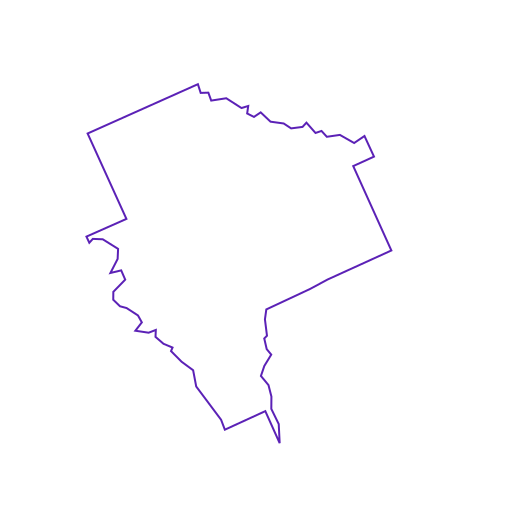 outline of Dallas, Alabama, United States of America, rotated 156°
{"feature_id": "52423323B88662766732523", "entity_name": "Dallas", "entity_type": "district", "adm_level": 2, "iso_a3": "USA", "parent_name": "United States of America", "parent_adm1": "Alabama", "projection": "robinson", "projection_center": [-87.077, 32.389], "detail": "fine", "context": "isolated", "style": "outline", "palette": "violet", "viewbox_px": 512, "rotation_deg": 156, "n_neighbors": 0, "source": "geoboundaries", "source_scale": "gbopen_adm2", "svg_char_len": 1004}
<svg xmlns="http://www.w3.org/2000/svg" viewBox="0 0 512 512"><g transform="rotate(156 256 256)"><path d="M107.8,298.8L108.1,321.5L120.4,319.3L130.1,332.5L142.8,336.1L145.3,343.6L151.6,344.2L155.7,357.3L161.0,355.0L172.0,358.3L176.8,365.8L188.1,372.8L193.3,385.3L201.3,383.9L206.1,389.8L202.1,396.2L209.1,397.1L219.0,412.2L233.7,416.2L233.1,424.6L240.2,427.5L239.2,436.6L360.0,436.4L359.3,342.6L403.0,342.7L402.9,335.9L398.1,338.0L389.2,333.6L379.1,318.6L383.6,309.6L395.9,299.7L385.0,297.7L385.1,287.6L400.9,281.3L404.2,274.1L400.7,265.4L395.4,261.1L388.0,249.7L387.3,241.8L396.6,236.8L385.3,229.6L377.6,229.2L380.7,223.0L376.2,213.4L369.5,206.3L372.3,203.7L367.0,189.7L359.9,177.2L363.7,161.1L354.5,120.6L355.1,110.0L310.6,110.5L310.5,75.4L303.6,93.2L304.2,110.1L299.1,121.3L297.1,133.0L300.3,144.4L293.1,152.2L282.2,159.7L284.1,166.6L282.0,177.3L278.4,178.7L273.6,194.5L268.3,203.0L220.1,203.9L200.2,205.4L130.1,206.0L130.6,298.6L107.8,298.8Z" fill="none" stroke="#5b21b6" stroke-width="2"/></g></svg>